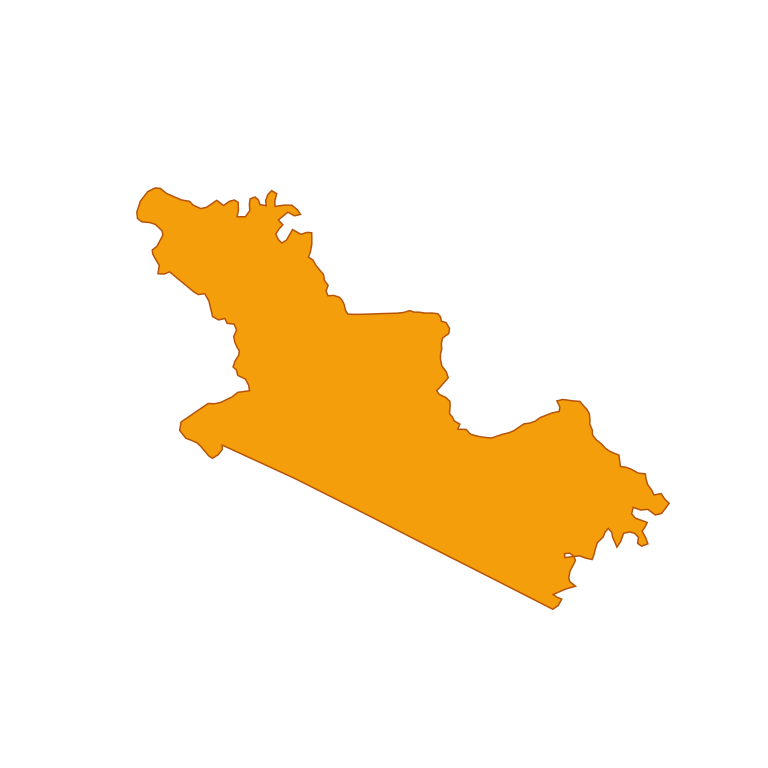 the district of Jardim Alegre, Paraná, Brazil, rotated 244°
{"feature_id": "56859067B44412461439059", "entity_name": "Jardim Alegre", "entity_type": "district", "adm_level": 2, "iso_a3": "BRA", "parent_name": "Brazil", "parent_adm1": "Paraná", "projection": "equal_earth", "projection_center": [-51.748, -24.211], "detail": "fine", "context": "isolated", "style": "filled", "palette": "amber", "viewbox_px": 768, "rotation_deg": 244, "n_neighbors": 0, "source": "geoboundaries", "source_scale": "gbopen_adm2", "svg_char_len": 3304}
<svg xmlns="http://www.w3.org/2000/svg" viewBox="0 0 768 768"><g transform="rotate(244 384 384)"><path d="M361.5,444.5L367.5,445.3L374.9,443.9L381.8,445.7L386.5,448.1L390.1,451.2L395.2,453.3L399.6,456.7L401.0,464.4L405.1,467.2L412.1,466.7L415.2,463.1L419.5,464.2L423.5,463.3L427.0,457.8L429.7,452.0L433.0,447.3L435.4,442.6L438.7,439.3L439.6,433.2L442.0,426.6L448.5,412.3L454.1,399.6L459.0,389.0L462.7,382.1L467.2,381.7L473.3,383.1L477.6,383.0L481.5,381.9L485.7,377.6L487.8,372.4L492.9,372.6L497.2,377.0L503.2,375.9L508.9,377.6L514.8,376.1L520.6,374.8L526.6,374.5L531.1,371.7L535.0,375.7L540.8,380.1L546.8,383.1L551.6,385.3L554.1,381.2L554.9,375.0L562.9,369.5L560.3,365.7L556.1,359.5L555.5,354.0L560.0,352.4L566.1,352.4L569.1,357.2L571.5,362.9L577.7,360.9L580.6,372.9L574.4,377.3L573.0,383.3L578.4,382.6L585.1,379.5L588.5,372.8L591.3,363.9L596.2,366.0L602.1,371.0L607.1,367.8L605.1,362.6L600.8,358.1L595.9,356.3L599.6,351.2L604.5,351.8L608.6,350.1L609.1,344.9L604.6,341.8L598.7,339.4L595.1,332.7L598.7,325.2L604.1,329.4L611.2,332.5L614.9,330.2L616.0,325.2L614.8,318.0L622.4,314.2L620.6,301.9L622.0,296.2L628.4,290.9L633.4,289.3L638.4,282.4L643.1,278.5L650.5,272.1L657.8,268.7L660.5,264.4L660.5,256.0L655.1,245.2L652.0,242.2L646.9,237.2L640.9,235.0L635.9,237.5L631.6,244.5L627.5,248.6L618.9,251.7L614.7,250.5L607.3,240.3L606.0,234.4L602.2,233.1L596.1,233.4L589.2,234.0L582.2,229.2L579.1,234.8L578.9,240.4L550.1,253.5L545.8,256.3L543.7,262.5L535.3,263.0L519.7,259.5L514.0,263.6L512.7,269.6L507.3,269.6L503.5,275.5L497.2,275.2L492.5,269.7L487.0,268.3L481.5,268.0L477.2,268.5L473.5,266.0L470.2,260.5L465.5,255.8L461.5,257.5L455.8,256.3L449.2,261.6L442.3,261.8L436.9,260.2L440.6,248.9L439.0,242.0L439.0,229.3L440.5,223.1L443.6,217.4L438.8,184.9L431.8,180.0L422.1,182.1L418.2,185.8L413.4,189.9L408.8,191.8L396.2,195.0L392.5,197.1L393.1,204.0L396.0,209.8L400.0,211.8L337.8,262.7L281.2,305.9L261.1,321.1L228.3,345.7L168.4,391.1L107.5,437.0L108.6,443.6L112.7,449.4L116.8,445.9L120.7,443.7L120.1,457.2L118.3,467.5L124.9,464.4L128.8,465.1L134.4,469.2L138.7,475.2L141.6,478.8L145.8,479.1L143.7,484.7L139.4,488.6L135.0,494.1L138.6,497.9L143.5,502.0L147.8,506.1L150.5,514.0L153.6,517.3L155.9,522.2L150.7,523.7L146.0,522.2L140.6,522.2L135.3,521.8L138.6,527.6L144.8,533.9L143.3,540.0L140.0,543.8L134.8,545.5L129.5,542.1L125.3,544.4L124.7,551.1L130.8,551.8L138.6,551.5L141.1,556.0L144.1,559.9L153.4,551.0L158.8,549.7L163.9,553.8L158.1,559.6L155.7,566.2L147.4,570.4L146.0,576.7L148.7,582.2L151.8,588.0L157.3,585.9L164.0,585.0L166.0,577.9L171.4,578.1L177.8,576.9L183.6,577.8L188.7,579.5L192.5,573.4L199.6,568.4L203.2,564.9L206.2,560.3L217.2,564.0L220.6,560.7L224.7,557.3L229.0,554.9L234.2,553.4L241.2,550.2L246.8,549.1L251.4,551.0L257.6,551.3L261.8,553.5L267.1,555.5L272.2,555.2L277.9,553.5L282.5,552.4L286.4,545.8L289.3,541.6L291.8,537.7L293.0,532.0L286.2,532.0L282.5,529.4L284.3,522.8L284.7,517.6L285.4,509.8L284.3,503.6L285.0,497.6L286.8,492.4L285.9,485.4L285.1,480.5L285.4,475.2L287.0,467.5L288.3,457.0L292.6,450.0L295.8,445.6L300.8,439.8L307.2,437.9L311.0,430.5L314.7,434.6L320.0,430.9L324.2,431.0L328.7,429.9L335.1,433.7L339.6,435.6L344.6,433.7L350.6,429.0L354.9,428.5L357.0,434.0L361.5,444.5ZM145.8,479.1L148.6,470.5L152.4,471.9L150.5,476.9L145.8,479.1Z" fill="#f59e0b" stroke="#b45309" stroke-width="1.5"/></g></svg>